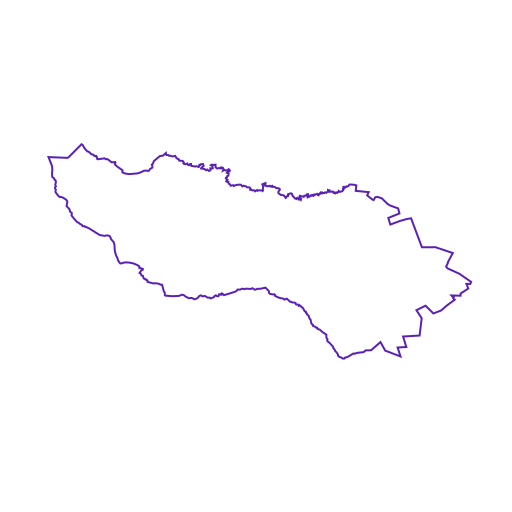 Nyanga, Manicaland, Zimbabwe, rotated 276°
{"feature_id": "62879985B16821678583413", "entity_name": "Nyanga", "entity_type": "district", "adm_level": 2, "iso_a3": "ZWE", "parent_name": "Zimbabwe", "parent_adm1": "Manicaland", "projection": "natural_earth1", "projection_center": [32.82, -17.911], "detail": "fine", "context": "isolated", "style": "outline", "palette": "violet", "viewbox_px": 512, "rotation_deg": 276, "n_neighbors": 0, "source": "geoboundaries", "source_scale": "gbopen_adm2", "svg_char_len": 6108}
<svg xmlns="http://www.w3.org/2000/svg" viewBox="0 0 512 512"><g transform="rotate(276 256 256)"><path d="M181.2,415.0L191.3,410.7L194.0,427.0L211.4,427.3L218.9,421.2L224.3,429.8L217.4,438.4L221.1,445.7L226.9,451.2L233.3,458.2L234.5,456.6L236.1,457.1L235.7,456.1L237.2,454.5L237.9,463.6L240.1,463.4L245.8,470.5L250.3,468.2L250.6,472.0L252.7,472.7L259.6,460.1L263.7,447.8L265.3,446.2L269.2,447.6L269.7,447.4L279.5,451.4L283.5,433.6L282.0,420.1L309.7,406.3L308.5,402.0L305.8,395.3L301.3,386.3L307.7,383.6L313.3,394.2L318.2,392.4L320.2,384.2L321.4,381.6L326.5,375.1L327.5,370.7L326.9,368.5L323.9,367.1L324.3,365.9L327.9,360.2L331.3,361.4L331.2,348.4L336.7,348.4L337.1,346.2L337.0,342.7L336.8,341.5L335.2,340.5L334.5,339.3L334.7,338.7L333.5,337.7L334.0,336.5L333.7,335.6L332.1,336.3L331.8,335.5L330.5,335.8L329.4,334.9L328.5,332.6L329.3,331.5L328.3,331.2L328.0,330.4L327.3,330.2L327.5,329.4L326.5,328.4L326.8,327.0L327.5,327.2L327.5,326.0L328.1,325.7L327.5,322.2L327.9,321.9L328.9,322.3L329.2,320.7L327.4,321.0L327.0,319.9L326.1,319.3L326.5,318.1L326.0,317.0L325.7,317.0L325.7,316.2L325.2,315.3L325.3,314.9L326.1,314.9L326.1,313.7L325.2,313.1L324.6,313.4L324.3,312.5L322.9,311.9L323.0,311.3L323.9,311.1L324.3,310.3L323.3,308.8L323.4,308.0L323.0,306.9L322.3,307.3L321.7,306.7L322.4,305.2L322.2,304.4L321.3,304.2L319.7,301.2L321.2,300.8L321.2,302.3L323.0,301.2L322.5,299.9L321.6,299.7L321.1,298.9L321.0,297.7L319.8,297.3L320.5,293.3L320.0,293.0L318.8,293.3L317.6,294.9L316.4,294.7L316.9,294.0L316.6,292.5L317.5,292.2L318.2,291.0L317.6,290.1L317.0,290.1L317.2,288.9L319.6,286.2L321.6,285.2L322.0,284.2L320.8,281.4L319.1,281.7L318.5,280.3L317.3,279.9L316.9,279.4L319.0,277.6L319.4,275.5L319.3,274.3L320.9,271.7L322.4,271.6L324.5,272.8L325.3,272.4L325.8,270.9L325.5,269.2L326.5,267.8L326.8,266.4L326.4,265.0L327.4,264.7L326.6,263.1L327.3,262.4L326.5,260.5L326.9,257.9L327.3,257.4L329.0,258.0L329.6,257.8L327.9,254.8L325.9,255.9L322.9,255.8L321.8,256.1L321.4,255.8L321.9,255.4L321.6,253.8L321.8,252.5L321.1,250.7L321.7,250.2L320.2,248.3L321.1,247.6L320.9,245.3L321.7,244.2L321.2,243.6L321.3,243.2L322.4,243.5L323.5,242.6L323.4,239.8L324.3,238.5L324.6,236.1L323.8,235.1L325.3,233.5L325.1,230.8L324.1,227.8L323.3,226.6L324.0,226.0L323.3,223.4L324.5,222.7L325.1,221.4L326.2,220.9L327.1,218.6L327.6,218.8L327.7,219.6L328.0,219.2L329.0,219.6L330.0,217.9L330.8,218.0L331.6,219.0L332.6,219.1L333.0,220.1L335.4,220.1L335.7,218.4L336.5,218.9L337.8,221.0L338.5,221.0L339.5,219.7L338.1,218.3L337.9,217.0L338.3,215.6L337.4,214.3L339.0,214.7L340.3,213.8L340.5,212.1L340.4,211.8L339.5,212.1L339.5,209.6L339.0,207.9L340.1,206.5L342.6,206.2L342.1,204.3L342.2,202.3L341.6,201.6L340.9,203.2L338.7,203.8L338.4,201.4L337.0,201.9L335.8,200.8L335.7,200.1L336.9,198.5L336.1,197.3L337.2,195.6L337.3,192.3L337.9,192.4L340.2,194.5L341.9,193.7L341.4,191.3L340.6,191.0L340.6,190.1L338.8,190.0L338.5,189.6L339.1,187.5L338.6,186.1L338.9,182.4L339.2,181.9L340.7,181.8L340.4,180.7L339.3,180.0L339.5,179.0L340.8,178.1L339.9,176.5L340.2,174.5L340.5,174.1L341.3,174.5L342.9,173.2L342.8,169.7L344.1,169.1L344.9,166.8L347.1,165.2L346.3,162.9L346.8,160.2L346.5,159.3L347.2,158.3L347.1,156.5L347.4,156.0L349.0,155.6L346.1,153.0L345.3,149.9L339.7,144.5L336.9,143.8L336.0,142.8L334.1,143.7L333.1,143.7L331.4,141.5L329.7,140.7L329.3,139.7L329.5,138.5L329.2,135.9L327.1,132.5L325.8,129.6L324.2,121.4L324.3,117.6L325.0,114.8L325.7,114.2L327.3,114.3L330.5,108.5L332.1,106.4L332.8,105.9L334.0,106.5L334.7,106.1L334.1,102.6L336.6,98.6L336.9,97.6L336.5,96.5L337.3,95.2L335.7,88.7L335.9,87.9L337.6,87.6L337.8,86.9L338.8,86.6L338.7,84.6L339.8,83.6L340.0,81.6L342.0,79.1L342.5,77.1L345.3,74.1L348.2,72.1L348.9,70.8L335.0,59.6L333.9,58.3L332.7,39.3L324.0,43.8L320.0,44.5L317.9,44.4L313.5,45.0L312.0,47.2L311.0,47.5L310.4,48.6L308.7,49.3L305.9,48.9L304.3,49.7L303.7,49.1L302.4,49.0L301.0,50.0L298.9,49.8L298.3,50.2L295.4,52.8L294.1,54.7L294.3,56.0L293.9,57.9L292.3,61.1L291.0,62.4L290.1,62.7L285.9,62.4L282.8,65.8L280.9,66.3L279.3,68.4L277.0,68.3L273.1,72.2L270.8,74.9L270.6,76.2L269.6,77.4L268.8,79.5L267.5,80.4L267.7,82.5L267.2,82.9L267.0,84.3L266.1,86.9L260.5,98.4L260.2,103.2L261.0,105.9L260.6,108.3L259.1,109.5L257.9,109.8L254.9,113.0L252.6,114.0L246.6,115.0L244.2,115.8L241.3,117.1L239.1,118.7L237.5,119.0L234.5,121.6L234.5,122.8L235.6,125.2L236.1,127.5L236.2,130.6L235.8,134.9L234.5,139.2L233.5,141.0L231.8,141.3L231.9,142.0L231.3,144.8L230.5,144.8L229.6,143.4L227.0,142.0L226.6,143.0L224.7,144.2L224.4,145.6L222.0,146.6L221.4,147.9L221.6,147.8L221.4,148.8L220.3,150.6L218.9,150.9L218.0,156.6L218.4,159.2L218.3,161.7L218.1,163.0L217.5,163.9L217.6,165.6L211.3,168.0L210.2,169.0L207.5,169.5L207.1,170.0L207.3,177.3L208.3,183.6L209.8,186.5L209.5,188.3L208.4,190.1L207.0,193.5L207.6,196.5L206.6,199.0L206.7,200.1L208.2,202.4L210.4,203.9L211.1,205.2L210.3,207.1L210.9,209.4L209.5,212.4L209.8,214.3L209.1,215.3L210.7,218.5L211.7,218.8L212.7,220.2L212.0,221.3L212.1,222.8L214.1,223.4L213.8,225.0L214.0,225.8L214.9,225.4L215.2,225.7L215.2,226.3L213.7,228.3L218.3,239.0L219.1,240.2L220.7,241.2L220.9,243.6L222.1,245.8L221.8,248.0L222.5,249.5L222.7,254.5L223.6,255.7L222.3,258.5L223.5,260.8L223.8,263.5L225.5,268.8L222.4,272.4L220.5,272.9L219.8,273.9L219.5,276.8L219.9,278.1L219.1,279.2L218.4,279.1L218.1,279.6L216.8,283.6L216.4,287.7L215.6,288.9L216.8,291.0L214.0,294.9L214.2,295.7L213.6,296.9L213.7,299.5L213.3,300.3L212.7,300.3L212.0,301.0L212.0,303.6L210.9,303.8L211.3,305.0L210.6,305.7L210.4,306.6L209.7,307.0L209.1,308.2L206.2,310.1L205.8,311.4L204.7,311.6L204.4,312.4L203.1,313.0L202.1,314.6L199.5,315.7L198.4,316.9L195.2,317.9L194.0,318.8L193.5,319.8L192.3,320.2L191.7,322.7L191.0,323.3L191.0,324.4L189.9,324.9L189.5,327.0L187.4,329.9L185.1,334.2L182.2,334.5L180.7,335.8L179.4,335.6L178.6,336.1L177.6,337.8L173.9,342.1L172.4,342.6L171.1,344.0L169.8,344.6L168.7,346.1L166.8,347.7L165.5,347.9L164.3,349.5L163.9,351.7L163.0,353.0L163.2,354.5L164.1,354.9L165.0,357.4L169.2,363.0L169.0,363.8L170.4,367.3L171.5,372.5L172.0,373.5L173.6,374.9L174.3,380.3L183.4,388.8L175.4,394.4L171.2,410.2L179.8,406.4L181.2,415.0Z" fill="none" stroke="#5b21b6" stroke-width="2"/></g></svg>